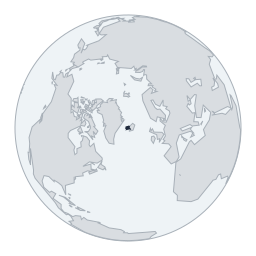 Vestfirðir highlighted on a globe, orthographic projection, rotated 332°
{"feature_id": "ISL-690", "entity_name": "Vestfirðir", "entity_type": "Region", "adm_level": 1, "iso_a3": "ISL", "parent_name": "Iceland", "parent_adm1": "", "projection": "orthographic", "projection_center": [-22.568, 65.72], "detail": "fine", "context": "on_globe", "style": "filled", "palette": "slate", "viewbox_px": 256, "rotation_deg": 332, "n_neighbors": 0, "source": "natural_earth", "source_scale": "10m", "svg_char_len": 11620}
<svg xmlns="http://www.w3.org/2000/svg" viewBox="0 0 256 256"><g transform="rotate(332 128 128)"><circle cx="128" cy="128" r="113" fill="#eef3f6" stroke="#a8b0b8"/><path d="M42.4,201.3L40.5,198.9L32.3,186.0L33.4,185.7L32.1,182.7L36.4,184.3L36.0,178.7L34.7,176.1L32.9,175.7L29.1,165.8L28.7,159.7L22.4,128.8L22.9,124.1L24.8,120.9L32.3,100.2L24.6,114.9L25.7,109.2L28.4,102.5L29.1,103.3L33.9,95.6L36.2,89.9L43.9,82.0L54.6,79.1L52.5,81.9L55.3,81.0L58.1,77.5L59.2,75.5L72.7,68.8L82.9,59.2L83.2,55.0L85.4,57.0L84.1,48.4L87.8,43.1L85.4,49.9L86.5,51.2L89.9,47.9L91.7,48.6L94.5,47.4L96.4,48.6L94.8,52.6L96.0,53.5L98.4,51.1L101.7,50.9L98.1,54.2L103.7,54.2L102.1,61.3L90.9,69.8L91.8,75.1L84.8,87.8L87.1,87.7L86.0,92.7L88.2,94.5L86.3,96.5L89.8,96.3L91.1,94.1L93.1,93.4L94.6,94.3L92.4,96.9L91.3,96.8L91.4,98.1L89.7,99.0L91.4,99.1L88.5,102.3L93.5,100.6L93.0,104.3L90.5,106.0L88.0,103.9L76.0,103.2L72.7,104.6L70.6,108.4L72.4,119.6L69.9,122.0L68.6,126.6L71.2,126.1L73.2,122.3L77.8,122.7L79.7,118.2L81.8,117.7L84.9,114.0L87.3,116.7L88.1,121.3L85.7,124.6L86.0,126.8L90.7,125.5L88.5,133.5L91.1,142.3L90.2,144.2L84.2,144.5L78.1,139.8L70.2,140.7L78.3,142.4L76.0,147.4L76.8,149.2L78.7,150.3L80.8,149.3L80.6,151.6L72.5,150.7L72.6,148.6L75.1,148.9L72.2,146.8L66.8,146.5L66.0,149.2L58.6,146.3L58.0,148.2L56.0,148.8L57.5,145.8L54.7,151.2L45.8,149.3L41.7,157.8L42.5,147.8L40.8,143.6L38.3,139.4L37.6,140.7L35.3,133.7L31.5,130.6L27.3,134.4L25.9,140.9L28.6,148.1L30.7,147.8L33.4,152.1L28.8,154.9L33.1,164.1L31.1,167.6L32.0,172.0L34.9,175.4L37.6,180.3L40.5,180.7L44.8,183.6L43.9,187.0L47.0,186.2L48.8,190.1L57.9,197.4L57.0,197.7L64.4,207.3L74.0,214.4L76.2,217.7L74.9,218.4L78.5,220.4L78.6,221.3L94.3,228.2L103.4,232.1L103.8,234.2L97.6,234.6L95.1,235.7L91.7,234.6L83.7,231.5L75.9,227.9L68.4,223.6L61.3,218.8L54.6,213.4L48.3,207.6L42.4,201.3ZM50.2,46.6L51.1,45.9L49.4,47.5L50.2,46.6ZM52.4,44.8L51.9,45.1L52.5,44.7L52.4,44.8ZM53.3,43.9L52.7,44.5L53.4,43.9L53.3,43.9ZM54.5,42.9L53.9,43.4L54.0,43.4L54.5,42.9ZM40.1,159.8L45.2,171.8L41.0,167.4L42.0,167.7L41.0,164.1L38.7,158.7L35.4,154.9L40.1,159.8ZM56.6,41.2L57.1,40.7L56.6,41.2L56.6,41.2ZM45.2,159.6L44.2,157.8L45.4,159.3L45.2,159.6ZM59.5,74.5L57.9,77.4L54.7,80.4L55.8,77.8L59.5,74.5ZM65.8,69.2L65.6,70.7L62.5,71.3L63.6,70.3L65.8,69.2ZM83.0,51.9L81.5,53.8L82.4,51.8L83.0,51.9ZM94.5,47.1L94.4,46.3L95.8,46.1L94.5,47.1ZM83.3,112.8L84.0,113.4L83.1,113.7L83.3,112.8ZM83.9,110.6L82.2,110.7L82.3,109.6L83.3,109.7L83.9,110.6ZM100.1,47.6L102.5,47.5L99.8,48.3L100.1,47.6ZM85.9,110.9L82.5,107.9L82.6,106.1L86.6,104.7L85.9,110.9ZM103.7,47.9L109.5,47.6L109.7,45.9L112.5,50.7L106.6,49.3L103.2,50.5L104.6,48.9L103.7,47.9ZM90.9,93.1L89.6,95.4L89.3,92.6L90.9,93.1ZM90.3,91.5L86.8,84.4L89.5,81.6L90.2,84.5L92.6,80.2L95.7,82.3L95.0,85.1L92.6,86.5L95.6,86.3L90.3,91.5ZM113.1,53.5L114.3,54.1L112.7,54.3L113.1,53.5ZM93.9,92.9L92.9,91.6L95.3,89.1L97.6,91.1L96.1,91.2L93.9,92.9ZM91.8,78.1L93.9,76.6L97.0,77.9L98.2,77.5L96.0,82.1L91.8,78.1ZM96.3,92.3L98.7,92.2L99.0,94.2L95.0,93.9L96.3,92.3ZM94.9,87.6L96.1,86.5L96.2,87.7L94.9,87.6ZM101.2,101.7L100.0,100.2L101.1,98.7L101.2,101.7ZM99.6,92.0L99.5,91.3L99.8,90.5L101.4,90.9L99.6,92.0ZM98.3,82.7L99.2,83.6L99.4,80.9L101.7,81.8L99.8,84.7L101.6,83.8L102.3,84.1L100.0,86.2L98.3,82.7ZM103.9,89.1L102.3,93.3L104.3,96.3L103.4,97.7L100.3,92.5L103.9,89.1ZM101.8,87.2L102.9,88.7L101.2,89.6L99.4,89.2L101.8,87.2ZM103.9,81.4L100.9,79.2L101.4,78.6L103.9,81.4ZM104.8,89.8L105.2,88.7L105.2,89.9L104.8,89.8ZM104.6,83.7L103.4,83.0L104.1,82.4L104.6,83.7ZM106.9,87.3L106.4,88.7L105.1,88.4L106.9,87.3ZM106.1,85.5L107.2,84.8L105.0,87.5L105.5,85.3L106.1,85.5ZM105.4,83.2L105.4,82.6L105.8,83.6L105.4,83.2ZM111.9,87.6L109.4,91.0L106.6,90.4L109.5,87.2L111.9,87.6ZM222.2,66.2L221.6,65.8L224.7,70.8L223.4,69.4L222.9,71.6L226.8,79.1L233.6,93.3L236.2,97.9L237.8,103.7L235.7,104.7L232.5,102.5L233.1,106.4L229.7,109.8L227.9,124.0L226.4,124.2L226.3,127.6L223.8,131.2L221.0,131.2L220.0,134.5L227.1,134.4L228.0,130.8L227.0,125.1L229.0,126.2L231.3,123.0L233.2,134.9L228.4,158.5L225.9,155.8L211.6,155.3L210.8,153.3L210.7,153.2L210.4,153.0L211.2,156.7L208.0,156.0L217.9,159.1L220.5,161.8L228.4,159.0L228.2,160.6L230.1,158.8L233.7,146.6L234.2,147.9L233.8,159.1L226.9,180.2L226.6,182.4L226.3,183.0L221.5,190.8L216.1,198.1L210.2,205.1L203.6,211.5L196.6,217.3L189.2,222.6L188.7,222.6L193.1,218.7L193.2,217.2L186.6,216.6L188.2,212.1L185.9,211.8L181.5,214.6L178.6,214.0L175.8,215.3L156.3,223.6L149.1,222.6L137.4,215.2L140.0,210.6L138.2,205.6L154.2,180.8L160.1,180.0L175.6,169.1L177.9,168.5L178.9,173.9L192.7,170.9L193.9,164.8L203.6,159.1L208.4,153.0L205.2,143.1L197.4,153.1L193.4,150.8L197.4,139.6L203.9,130.8L202.5,129.7L196.2,132.1L195.3,127.0L193.7,132.6L196.1,132.6L195.1,136.2L192.9,136.4L192.7,134.6L190.1,136.5L191.8,145.0L194.4,145.9L189.0,153.3L192.8,155.5L192.2,158.9L185.5,156.3L184.4,154.0L173.9,153.0L174.6,156.1L184.5,157.3L182.5,158.3L183.5,162.7L181.1,160.1L170.0,158.2L163.6,164.0L159.5,177.5L155.0,180.2L149.3,180.0L146.8,169.5L157.3,164.7L156.5,161.1L151.0,157.7L154.6,156.6L153.6,154.7L157.3,152.6L159.0,145.8L162.2,143.2L159.6,136.8L160.9,134.7L162.0,139.1L164.5,140.8L172.0,134.6L172.5,132.2L170.3,128.7L172.6,127.5L169.4,124.8L172.2,119.7L166.2,123.8L163.4,119.9L163.2,114.9L161.2,114.4L161.4,122.6L162.5,125.3L165.1,126.3L167.1,134.4L165.2,137.4L159.1,131.9L155.8,135.6L152.5,129.9L153.9,111.0L156.1,105.1L166.7,102.7L168.1,106.0L164.9,108.4L170.8,109.3L168.9,107.7L170.8,106.8L168.6,103.1L169.9,102.3L165.6,100.1L166.9,98.7L169.6,100.1L167.5,93.6L169.3,89.9L168.2,88.9L166.5,88.8L170.0,84.3L169.1,83.7L167.5,84.9L164.6,84.6L160.8,82.4L162.2,81.0L163.8,81.6L169.2,80.8L173.1,82.8L173.3,82.0L170.3,80.0L163.7,80.9L161.0,79.9L163.9,79.0L162.7,79.3L161.8,78.4L162.2,76.2L158.9,77.0L147.2,69.6L146.9,64.8L150.8,64.7L144.2,58.5L144.3,53.9L142.9,55.0L138.8,53.0L138.7,54.4L137.7,54.8L127.0,50.6L125.6,48.6L119.4,48.4L118.7,49.0L119.4,50.4L112.5,50.7L109.7,45.9L111.5,44.8L108.6,42.7L113.0,40.4L115.4,37.7L122.0,36.7L123.3,34.7L121.9,34.2L122.7,31.2L128.8,27.4L129.6,33.0L121.6,39.9L125.4,37.2L126.3,38.7L128.7,38.2L131.2,36.4L130.4,35.6L143.2,37.3L152.7,35.3L147.9,33.2L147.1,31.0L153.6,27.5L171.2,29.9L170.3,27.6L171.8,27.4L175.8,29.2L173.8,29.5L175.9,31.4L174.2,31.4L180.0,34.6L177.8,34.7L183.4,37.2L183.7,36.1L179.4,33.1L185.2,35.4L183.7,32.6L186.0,32.7L196.9,39.2L204.3,45.5L205.2,46.2L206.9,48.2L211.0,52.3L210.4,51.2L216.6,58.4L222.2,66.2ZM151.7,193.0L152.0,194.8L151.7,193.0ZM212.8,125.2L215.2,119.1L210.5,117.1L211.0,114.7L209.2,115.0L210.1,117.0L205.1,117.3L204.8,113.1L202.6,111.7L201.7,113.7L203.0,121.4L210.2,121.0L211.2,124.5L212.8,125.2ZM58.2,197.6L59.2,199.1L57.6,198.0L58.2,197.6ZM39.8,168.3L41.2,170.2L41.7,171.7L40.5,170.5L39.8,168.3ZM53.1,182.7L55.0,184.8L52.7,183.3L53.1,182.7ZM46.1,173.5L51.5,181.1L47.2,178.4L43.9,173.6L46.5,176.0L46.1,173.5ZM43.2,161.2L44.0,162.6L43.3,163.0L43.2,161.2ZM46.1,160.7L45.7,160.3L45.6,159.1L46.1,160.7ZM76.4,147.4L77.1,147.6L78.7,149.1L77.4,149.1L76.4,147.4ZM89.3,151.5L88.8,155.0L88.2,152.5L86.3,153.2L82.7,148.7L89.6,145.0L87.1,147.4L89.3,151.5ZM79.9,141.9L81.4,145.1L79.5,141.8L79.9,141.9ZM144.7,146.7L147.0,147.2L147.2,150.0L143.2,153.5L142.8,149.6L144.7,146.7ZM150.2,147.4L145.3,141.2L147.6,138.8L147.2,141.2L149.2,140.2L149.0,143.8L156.0,147.8L156.7,150.5L148.8,155.4L151.0,152.3L148.6,151.9L150.2,147.4ZM128.7,130.6L126.6,128.2L134.3,126.1L135.4,128.6L131.4,132.3L127.8,131.5L128.7,130.6ZM93.7,109.1L92.4,108.6L93.0,107.8L94.6,107.7L93.7,109.1ZM100.6,101.1L100.0,110.8L98.5,110.6L100.0,116.6L96.5,118.6L95.7,114.6L94.2,120.7L92.0,117.9L91.5,122.1L89.9,113.0L87.9,110.8L91.4,112.5L94.6,110.7L95.4,109.3L96.2,103.7L93.5,98.3L96.2,95.8L98.9,95.5L99.9,96.4L97.8,97.7L100.8,98.0L98.5,100.6L100.6,101.1ZM128.4,95.0L125.5,95.9L131.1,97.5L128.8,99.9L129.6,99.9L129.1,102.6L129.8,105.9L128.4,106.7L129.3,107.7L129.0,109.5L129.7,111.2L127.4,113.1L128.2,115.3L126.7,115.0L128.5,118.3L126.1,116.7L125.5,119.1L128.1,119.3L114.1,126.6L110.1,131.1L108.0,135.7L104.2,132.6L103.7,126.4L105.2,119.3L109.7,115.5L107.1,114.9L108.5,112.9L109.9,114.2L108.6,111.1L110.1,109.8L111.4,103.9L108.5,100.2L108.9,98.1L110.8,98.9L109.9,96.2L113.8,96.3L114.2,94.7L118.5,93.4L121.9,96.0L122.1,94.1L125.3,93.1L128.4,95.0ZM113.2,87.3L117.8,89.7L118.9,92.3L111.0,93.6L110.1,94.9L105.2,96.0L103.8,92.4L105.3,92.4L106.5,91.6L106.5,93.0L107.4,91.3L109.5,91.2L110.8,89.9L112.0,91.0L113.2,87.3ZM179.0,165.5L180.5,164.6L182.6,162.8L183.2,165.6L179.0,165.5ZM171.5,164.3L172.6,163.1L174.6,166.1L173.0,167.0L171.5,164.3ZM171.6,160.1L172.5,162.9L171.1,161.9L171.6,160.1ZM162.9,137.9L164.0,136.5L164.7,137.1L164.9,138.8L162.9,137.9ZM144.4,100.9L142.6,100.9L142.5,100.1L139.0,97.9L140.4,96.1L143.0,96.7L144.4,100.9ZM204.9,146.2L204.5,149.5L203.3,149.8L203.7,148.6L204.9,146.2ZM194.1,158.6L197.3,156.9L194.2,159.4L194.1,158.6ZM145.3,98.6L143.7,97.8L145.4,97.4L145.3,98.6ZM141.2,94.6L142.9,93.8L140.2,95.6L141.2,94.6ZM236.3,97.8L236.5,97.7L237.2,100.4L236.3,97.8ZM206.2,46.9L208.3,49.1L208.0,48.8L204.9,45.9L206.2,46.9ZM187.8,33.0L189.4,33.7L190.4,34.3L190.6,34.6L187.8,33.0ZM154.8,82.7L158.1,87.7L161.4,90.3L164.6,90.1L161.4,92.7L156.4,88.6L154.8,82.7ZM148.0,71.3L145.1,71.7L145.4,70.2L146.1,69.9L148.0,71.3ZM147.0,72.5L145.3,75.4L143.1,74.8L144.8,72.6L147.0,72.5ZM145.5,86.8L146.4,88.4L145.0,88.8L145.5,86.8ZM167.2,24.3L166.7,24.7L164.1,23.7L165.2,23.7L167.2,24.3ZM155.2,21.1L163.3,23.5L169.6,25.9L168.5,25.0L171.4,25.6L172.2,26.8L166.5,25.2L162.0,23.5L159.7,23.5L155.4,22.6L153.8,23.5L151.4,23.3L151.4,22.1L155.2,21.1ZM153.3,24.0L149.0,25.6L144.9,23.9L144.9,23.1L148.6,23.0L150.6,24.0L153.3,24.0ZM146.8,25.5L148.6,26.5L146.3,31.8L144.7,32.5L144.4,27.3L146.1,28.0L147.4,27.1L146.8,25.5ZM114.7,53.2L114.3,54.0L113.8,53.1L114.7,53.2ZM137.7,55.6L136.3,56.0L135.8,54.9L137.7,55.6ZM132.1,56.5L133.7,57.5L131.4,57.0L132.1,56.5ZM137.3,59.6L134.0,58.1L138.0,58.7L137.3,59.6Z" fill="#d9dde1" stroke="#a8b0b8" stroke-width="1"/><path d="M128.7,128.5L128.5,128.4L128.4,128.4L128.4,128.5L128.4,128.4L128.4,128.5L128.2,128.5L128.1,128.4L128.3,128.4L128.4,128.2L128.3,128.3L128.2,128.4L128.0,128.2L128.0,128.3L127.9,128.3L127.9,128.2L127.9,128.4L127.7,128.3L127.8,128.3L127.8,128.2L127.7,128.3L127.7,128.2L127.7,128.3L127.5,128.5L127.4,128.4L127.2,128.5L126.9,128.6L126.7,128.4L126.4,128.4L126.5,128.3L126.5,128.2L126.8,128.3L127.0,128.4L126.9,128.3L126.8,128.2L127.0,128.2L126.8,128.1L126.7,127.9L126.8,127.8L127.1,128.0L127.3,128.2L127.2,128.0L127.3,128.0L127.4,127.9L127.5,128.0L127.5,127.9L127.4,127.9L127.5,127.9L127.4,127.9L127.2,127.9L127.0,127.7L127.3,127.7L127.5,127.8L127.4,127.7L127.2,127.6L127.0,127.4L127.3,127.4L127.4,127.5L127.3,127.4L127.2,127.3L127.1,127.2L127.3,127.2L127.3,127.3L127.3,127.2L127.2,127.2L127.3,127.1L127.5,127.2L127.6,127.3L127.6,127.2L127.7,127.3L127.6,127.5L127.7,127.4L127.8,127.4L127.7,127.5L127.8,127.5L127.8,127.4L127.8,127.5L127.8,127.4L128.0,127.4L128.0,127.5L127.9,127.8L128.0,127.7L128.1,127.8L128.1,127.6L128.1,127.4L128.0,127.2L127.8,127.1L127.7,127.1L127.9,126.9L128.0,127.0L128.1,126.9L127.9,126.9L127.9,126.7L128.0,126.7L127.9,126.7L127.8,126.8L127.8,126.7L127.7,126.9L127.5,126.7L127.8,126.6L127.7,126.5L127.8,126.5L128.0,126.6L128.3,126.7L128.2,126.8L128.3,126.8L128.5,126.9L128.5,127.0L128.7,127.3L128.8,127.4L128.7,127.3L128.8,127.3L129.0,127.4L129.0,127.5L128.9,127.5L129.0,127.5L128.9,127.6L129.0,127.5L129.0,127.8L128.9,127.9L129.0,127.9L128.9,128.0L128.7,127.9L128.7,128.0L128.8,128.1L128.9,128.3L129.0,128.2L129.0,128.3L128.9,128.5L129.0,128.5L129.1,128.8L129.2,129.0L129.3,129.3L129.3,129.5L129.2,129.4L129.1,129.2L129.0,128.8L128.9,128.7L128.7,128.7L128.8,128.6L128.8,128.4L128.7,128.5Z" fill="#64748b" stroke="#1e293b" stroke-width="1.5"/></g></svg>